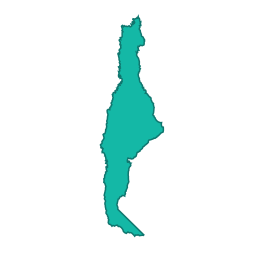 Santa Rita do Araguaia, Goiás, Brazil, rotated 351°
{"feature_id": "56859067B2197394896359", "entity_name": "Santa Rita do Araguaia", "entity_type": "district", "adm_level": 2, "iso_a3": "BRA", "parent_name": "Brazil", "parent_adm1": "Goiás", "projection": "equal_earth", "projection_center": [-53.069, -17.251], "detail": "fine", "context": "isolated", "style": "filled", "palette": "teal", "viewbox_px": 256, "rotation_deg": 351, "n_neighbors": 0, "source": "geoboundaries", "source_scale": "gbopen_adm2", "svg_char_len": 5880}
<svg xmlns="http://www.w3.org/2000/svg" viewBox="0 0 256 256"><g transform="rotate(351 128 128)"><path d="M129.4,66.8L129.9,67.6L128.6,68.7L128.9,69.7L128.7,70.5L128.1,70.8L127.5,70.6L127.8,72.7L127.2,73.4L126.8,74.9L126.8,75.7L128.1,74.7L128.7,74.8L128.9,76.0L127.9,76.2L127.8,77.0L127.9,77.8L128.8,77.6L129.4,78.0L129.8,78.6L129.7,79.4L129.4,80.1L129.5,81.0L128.7,81.2L128.9,82.2L128.5,82.8L127.8,82.0L127.5,82.7L126.7,82.7L126.9,84.5L126.2,84.3L125.7,83.5L125.0,83.8L125.1,85.3L124.1,85.8L124.2,87.1L123.2,86.9L123.6,88.1L123.4,88.8L122.6,88.4L121.9,89.1L121.0,89.4L121.5,90.6L121.0,91.3L120.4,90.8L119.8,90.7L119.1,90.8L118.6,91.8L117.8,92.4L118.3,93.1L117.8,93.7L117.9,94.7L118.1,95.7L117.5,96.7L117.4,97.6L116.6,98.3L116.5,99.3L116.0,100.0L115.4,100.4L115.2,101.4L115.7,102.4L115.2,103.1L114.7,103.5L114.4,104.4L113.6,104.7L113.2,105.2L113.2,106.0L112.8,107.1L112.1,106.6L111.4,106.5L110.2,107.2L110.0,108.6L110.0,109.8L110.3,111.1L110.2,112.1L109.6,113.4L108.9,116.4L108.4,117.1L108.1,117.9L108.2,119.9L107.4,120.4L107.2,121.2L107.2,123.2L106.4,125.4L105.7,126.0L105.4,127.6L104.4,129.8L103.7,130.1L103.2,130.0L102.4,130.5L102.8,133.7L102.6,134.6L100.8,136.7L100.2,137.1L100.0,139.0L99.4,139.6L98.7,139.8L98.1,140.4L98.5,142.0L98.2,143.0L98.9,142.9L99.6,143.8L99.0,143.8L99.4,144.5L100.0,144.6L98.6,147.5L98.7,148.3L99.4,148.0L100.5,149.1L101.1,151.4L100.7,151.9L101.2,152.2L101.4,154.3L101.2,156.4L100.7,156.8L101.3,157.3L102.2,156.8L102.4,158.1L100.9,158.6L100.5,159.4L101.5,159.6L102.0,161.7L101.6,162.6L101.7,163.4L101.1,163.8L100.7,162.7L100.1,163.1L100.3,164.1L100.1,165.1L100.2,166.4L100.5,167.3L99.7,167.8L99.0,168.0L98.8,169.7L98.1,170.3L97.6,171.0L97.0,173.8L96.2,174.3L96.1,176.3L95.6,177.9L96.4,178.8L97.0,182.4L96.5,183.3L96.1,185.6L95.6,186.6L95.3,187.6L94.9,188.4L94.1,190.3L93.9,191.1L94.3,191.8L94.5,192.7L94.0,193.2L93.6,194.3L94.2,195.7L94.4,196.7L93.6,198.2L93.3,199.5L93.5,201.2L93.3,202.3L93.4,203.4L93.4,204.5L93.5,205.3L93.9,205.9L93.8,206.7L93.2,207.4L93.0,209.0L94.1,210.9L94.0,211.8L94.6,213.3L94.2,214.1L94.7,215.8L94.1,216.6L94.0,217.5L93.7,218.1L93.9,219.3L94.5,220.2L95.3,220.4L96.0,221.1L96.8,222.5L97.5,222.0L98.5,222.1L99.3,222.8L100.2,222.4L102.0,222.2L102.5,222.5L102.9,223.7L103.6,223.9L104.4,223.9L105.9,225.4L107.0,227.5L107.3,229.5L108.4,230.9L109.2,231.3L109.7,231.8L111.7,230.7L112.9,231.7L113.8,231.7L114.7,231.9L115.5,232.6L117.1,234.8L117.7,235.9L118.8,234.9L120.4,235.3L121.1,235.0L121.7,235.3L122.3,236.1L123.0,236.0L123.7,236.2L125.2,236.1L126.3,236.5L126.9,236.0L105.2,206.7L105.5,205.1L105.4,203.9L105.0,202.5L105.2,201.3L105.7,200.6L105.9,199.8L107.2,196.7L108.2,196.5L109.0,195.0L111.0,194.5L111.7,193.7L113.3,194.1L114.1,194.7L114.3,193.7L115.2,192.6L115.0,191.6L115.3,190.9L115.7,190.2L116.3,190.0L116.4,189.2L118.1,186.6L118.2,184.7L118.7,184.1L119.0,183.0L119.9,182.2L120.4,181.0L120.3,179.5L120.5,178.3L120.5,177.5L120.8,176.3L120.8,174.5L121.6,170.8L122.1,170.2L122.5,168.1L123.0,167.5L123.5,166.6L124.2,166.2L124.8,165.6L124.9,164.8L124.8,163.6L125.4,163.2L124.4,162.8L124.0,161.0L123.4,160.8L123.0,161.8L122.2,161.7L122.1,160.3L122.7,158.8L123.3,157.7L125.3,158.7L125.9,158.4L126.5,159.1L128.1,159.1L128.8,158.7L129.7,157.7L130.4,157.8L131.0,157.5L131.6,157.1L133.2,153.6L133.7,153.4L134.7,153.4L135.3,152.8L136.1,152.8L136.6,151.8L138.9,150.5L139.7,149.1L141.2,148.4L142.5,147.4L143.2,147.2L143.9,146.5L144.6,146.4L145.9,145.2L146.1,144.0L147.0,143.1L147.8,143.2L148.9,143.1L151.3,142.6L151.9,142.1L152.8,142.4L153.6,142.2L154.1,141.8L155.0,141.6L155.6,140.7L156.5,140.6L160.0,138.0L162.0,137.5L162.6,135.8L163.0,132.7L162.0,132.4L161.5,131.4L161.5,129.4L162.0,127.9L161.2,127.9L159.1,126.9L158.4,126.3L157.3,125.0L156.5,123.3L156.2,121.9L155.6,121.3L155.6,120.2L155.0,119.8L154.6,118.8L155.6,117.0L156.4,114.0L156.6,112.8L157.0,112.1L156.8,110.8L156.7,108.5L157.0,107.9L155.9,106.3L155.6,105.4L155.5,104.5L155.1,103.7L155.4,102.1L154.9,101.1L154.2,100.8L153.1,99.0L152.6,97.8L151.4,96.3L150.7,96.3L151.4,95.3L151.5,94.2L151.2,93.3L149.8,93.2L149.7,90.6L149.0,91.0L148.5,90.1L148.8,89.2L148.9,87.9L148.1,87.2L148.1,86.1L147.7,85.2L147.2,84.9L146.8,83.6L146.9,82.8L146.7,81.9L147.0,80.7L146.6,79.9L146.4,78.9L146.4,76.5L147.1,75.6L147.2,74.5L148.1,74.2L148.8,72.1L149.5,71.4L149.0,70.7L148.8,69.8L149.7,68.8L148.9,67.4L149.3,65.9L149.6,64.1L149.2,60.6L148.7,59.9L147.9,57.7L148.0,56.7L148.3,56.1L148.2,54.9L148.6,55.4L149.4,54.8L149.4,53.5L150.2,52.6L150.8,52.8L150.5,51.8L150.6,51.0L150.2,50.1L150.8,48.9L151.4,49.4L152.0,49.1L153.0,48.2L155.0,48.9L156.7,48.4L157.1,47.5L157.4,45.6L158.1,44.6L157.6,43.6L158.1,43.1L157.4,42.0L157.3,41.0L156.9,40.3L155.9,39.6L155.7,38.8L155.8,37.7L155.3,35.3L155.3,33.4L154.7,32.7L154.6,31.9L155.1,30.9L155.6,30.2L155.7,29.4L155.4,28.7L156.1,28.4L156.7,28.6L156.7,27.6L156.4,26.7L156.9,26.2L157.2,25.1L156.6,25.3L156.3,23.2L156.5,22.4L156.2,21.3L155.5,20.6L155.5,19.5L155.0,20.2L154.3,20.3L154.5,21.1L152.9,21.1L151.7,21.5L150.1,20.9L149.8,21.6L150.5,22.3L150.7,23.3L151.0,24.0L151.1,24.8L150.6,25.6L150.0,25.9L150.2,25.1L150.2,24.3L149.3,23.7L148.6,24.1L149.3,25.6L149.0,26.4L147.3,25.8L147.7,27.7L146.4,28.5L145.7,28.2L145.1,27.2L144.0,27.6L142.9,27.7L142.1,27.1L141.1,27.2L140.3,26.4L139.8,27.0L139.3,27.3L139.1,26.5L138.7,25.8L138.1,26.0L137.5,26.5L137.9,29.1L137.9,30.2L137.3,30.6L137.5,31.5L138.0,32.2L137.3,32.4L137.1,33.2L136.7,35.4L136.7,36.4L136.3,37.0L135.9,37.5L134.5,37.5L134.8,38.6L134.7,39.4L134.2,38.9L133.0,39.8L133.3,40.9L133.8,41.7L133.8,42.5L133.0,44.5L133.9,44.9L133.4,46.9L133.5,47.8L132.7,48.6L131.9,49.0L131.4,49.8L131.7,51.0L131.5,52.7L131.1,53.7L130.5,54.1L130.4,53.2L130.1,52.6L129.6,53.2L129.9,54.5L129.9,55.6L130.0,56.6L130.1,57.7L129.9,58.8L130.0,60.0L130.4,61.0L129.7,61.9L129.9,63.1L130.4,63.6L129.6,65.1L129.9,66.0L129.4,66.8ZM129.4,66.8L129.0,66.0L128.2,66.1L128.4,67.0L129.4,66.8Z" fill="#14b8a6" stroke="#0f766e" stroke-width="1.5"/></g></svg>